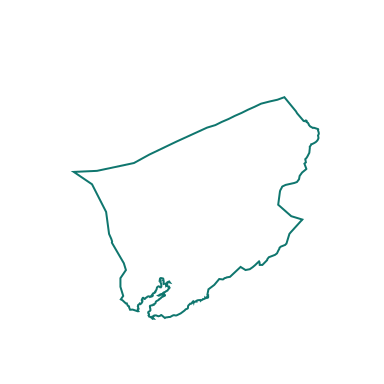 Saltdal nor, Nordland, Norway (Mercator projection), rotated 217°
{"feature_id": "86288312B61921156724393", "entity_name": "Saltdal nor", "entity_type": "district", "adm_level": 2, "iso_a3": "NOR", "parent_name": "Norway", "parent_adm1": "Nordland", "projection": "mercator", "projection_center": [15.291, 66.881], "detail": "fine", "context": "isolated", "style": "outline", "palette": "teal", "viewbox_px": 384, "rotation_deg": 217, "n_neighbors": 0, "source": "geoboundaries", "source_scale": "gbopen_adm2", "svg_char_len": 5672}
<svg xmlns="http://www.w3.org/2000/svg" viewBox="0 0 384 384"><g transform="rotate(217 192 192)"><path d="M87.3,236.4L98.2,232.4L115.5,233.7L122.1,245.4L122.5,246.5L122.9,249.2L123.2,250.5L123.1,250.9L121.5,254.0L115.8,260.7L114.8,262.2L114.2,263.2L114.2,266.2L114.2,266.6L115.7,269.6L115.8,273.8L114.5,279.1L114.6,279.3L119.3,282.3L118.9,284.2L121.3,286.4L121.1,287.5L121.1,288.6L121.2,289.8L121.9,293.9L124.4,298.1L125.2,299.0L125.2,300.7L125.4,301.7L125.5,302.0L125.1,302.3L124.7,303.0L123.8,304.8L123.2,306.4L123.0,307.5L122.9,308.6L123.0,309.5L123.2,310.4L123.3,310.9L123.9,311.7L125.4,313.0L125.5,314.0L125.8,314.9L126.8,315.9L128.5,317.1L128.8,317.6L128.9,318.0L129.1,318.1L133.0,316.8L134.1,316.1L134.1,315.9L137.2,315.5L139.2,316.0L140.0,316.6L141.1,317.0L141.6,316.9L142.0,317.0L142.7,316.8L143.2,317.3L143.2,317.7L143.6,317.8L144.2,317.6L144.4,317.1L144.9,316.2L145.7,315.9L146.0,316.0L155.4,318.1L157.6,319.0L175.3,323.3L179.3,317.1L184.4,311.1L190.0,304.1L193.3,297.7L196.8,291.4L200.0,285.0L203.6,278.6L206.8,272.2L210.4,265.9L213.6,259.5L218.7,252.5L234.8,222.8L248.6,196.2L255.8,180.2L280.6,151.7L298.5,136.9L276.5,138.0L248.6,124.4L233.0,108.6L228.3,106.0L226.0,104.4L225.5,103.3L203.6,94.1L197.8,89.9L197.3,80.1L192.1,73.2L184.4,67.6L184.2,63.4L182.4,63.7L177.7,63.2L177.1,63.8L174.8,62.5L173.7,62.8L173.3,62.6L172.8,62.0L170.6,60.7L168.6,62.4L164.7,63.7L163.5,64.1L163.1,64.5L164.1,64.9L164.5,65.4L164.8,65.9L164.4,66.6L165.5,67.3L166.0,67.8L166.2,68.2L166.5,68.2L166.6,68.6L167.0,69.2L166.8,70.2L166.6,70.9L166.6,71.4L166.1,71.3L166.1,71.6L165.8,71.7L165.8,72.0L165.4,72.4L165.5,73.5L165.6,74.4L165.7,74.6L166.1,74.8L166.1,75.2L167.1,75.4L167.4,76.4L167.6,77.8L167.4,78.1L166.9,78.2L166.1,77.8L165.7,77.9L165.3,78.3L165.2,79.6L165.0,80.1L164.8,80.4L164.6,81.6L164.1,82.3L163.7,82.7L162.9,82.9L162.6,83.3L162.3,83.0L162.0,83.4L161.6,84.4L161.4,84.4L161.4,84.6L161.1,84.7L161.0,85.0L160.9,85.1L161.0,85.5L161.2,85.4L161.3,85.6L162.0,85.4L162.0,85.8L162.0,86.9L161.9,87.4L162.0,87.5L162.0,87.8L161.4,88.5L161.3,89.1L161.3,89.3L161.5,89.8L161.4,90.2L161.1,90.2L161.2,90.6L161.3,90.4L161.5,90.6L161.5,91.0L161.6,91.8L161.6,92.1L161.6,92.7L162.4,94.4L162.5,94.7L162.4,95.2L162.4,95.6L162.0,96.5L160.8,96.9L160.2,96.7L159.5,97.1L159.5,97.7L159.6,98.1L160.0,98.6L161.4,100.1L161.9,100.5L162.9,100.8L163.4,101.6L163.5,101.4L163.8,101.7L163.7,101.8L163.9,101.9L163.7,102.3L163.9,102.5L164.4,102.3L164.6,102.0L165.4,103.5L165.4,104.0L165.3,104.3L164.7,104.5L164.5,104.9L163.0,105.5L162.4,105.2L162.0,104.7L161.9,104.0L161.2,104.0L160.9,103.8L160.7,103.3L160.5,103.1L160.1,102.3L159.3,101.5L158.8,102.2L158.1,102.7L157.7,103.2L157.3,104.1L157.4,105.0L156.8,106.2L156.3,106.8L156.0,106.6L155.3,106.4L156.3,106.0L156.9,105.2L157.0,104.7L157.0,104.0L157.2,103.6L157.3,102.9L157.2,102.4L157.2,102.7L156.9,102.6L157.0,102.2L157.2,102.3L156.4,101.6L156.4,101.8L156.2,101.8L155.9,102.3L155.7,101.7L156.3,101.5L156.0,101.5L154.8,102.2L154.1,102.2L153.8,102.1L153.7,102.3L153.5,102.1L153.5,102.4L153.4,102.2L153.1,102.4L152.9,102.3L153.0,102.2L152.3,102.0L152.3,101.6L152.2,101.4L152.3,100.9L152.4,100.4L152.4,100.1L152.3,99.9L152.4,99.2L152.3,98.4L152.7,97.7L153.0,97.2L153.1,96.7L153.1,96.4L153.2,96.2L154.0,95.0L154.0,94.8L154.3,94.2L154.3,93.6L154.4,92.9L154.6,92.4L155.1,92.1L155.6,91.2L155.7,90.9L155.9,90.7L156.0,90.3L156.0,90.1L156.1,89.7L156.4,89.3L156.5,89.1L156.1,89.2L155.7,89.9L155.5,90.5L155.4,90.8L155.2,91.1L152.5,93.1L152.3,93.3L152.3,93.6L151.6,93.4L151.3,93.1L151.3,92.9L153.1,89.4L153.0,89.1L153.0,88.9L153.2,87.7L153.7,87.0L153.7,86.8L153.6,86.6L153.6,86.2L153.9,85.2L154.5,83.9L154.8,83.0L154.8,82.5L154.3,81.4L154.4,80.6L154.4,80.3L155.2,78.9L155.1,78.7L154.9,78.6L155.1,78.4L155.1,78.2L155.4,77.7L156.0,77.3L156.4,76.6L156.9,76.1L157.0,75.9L156.9,75.4L156.5,75.1L155.9,74.3L155.2,73.9L155.0,73.5L154.6,73.1L154.4,73.0L154.1,72.7L154.0,71.8L154.2,71.1L154.6,70.2L154.6,69.6L154.1,69.0L153.8,69.0L152.8,68.6L152.5,68.2L152.5,67.4L152.4,67.2L152.0,67.2L151.4,66.8L151.2,67.0L149.8,67.0L149.5,67.5L147.2,67.0L146.9,67.5L146.4,67.8L147.7,68.1L148.0,68.3L148.5,69.0L147.8,70.0L148.0,70.3L147.7,70.8L146.5,71.8L144.1,72.5L143.1,73.7L142.6,75.2L142.4,75.3L137.8,75.1L137.4,76.1L136.3,77.1L135.2,78.3L134.3,79.0L134.0,79.6L133.1,81.7L132.3,82.8L131.0,83.4L130.1,84.1L128.0,88.2L126.7,92.6L126.5,93.8L126.5,94.4L125.4,96.2L125.4,96.6L125.4,96.8L126.5,98.6L126.6,99.2L126.4,100.6L126.3,101.3L125.8,101.9L125.9,102.0L125.5,102.3L125.3,102.6L125.4,103.1L125.2,103.4L125.3,103.6L125.2,103.9L125.3,104.1L125.2,104.5L125.4,104.7L125.3,105.2L124.8,105.3L124.5,105.1L124.7,105.5L123.8,105.5L123.6,106.0L123.5,106.4L122.9,106.9L123.0,107.2L122.8,107.3L122.8,107.5L122.5,107.5L122.7,108.0L122.7,108.3L122.1,109.2L120.6,110.5L120.2,110.7L119.9,110.5L119.9,110.8L119.6,110.8L119.3,111.2L119.2,111.5L118.8,112.5L118.7,112.7L118.9,112.7L118.9,112.9L118.7,113.1L118.1,113.6L117.6,114.9L117.7,115.1L117.4,115.0L117.2,115.2L116.9,115.9L117.0,116.2L116.8,116.3L116.8,116.5L116.7,116.5L116.7,116.8L116.7,117.0L116.5,116.7L116.2,116.6L115.8,117.0L115.7,117.5L116.0,118.1L116.4,118.3L116.7,118.3L116.6,118.6L117.0,119.3L117.3,119.2L117.4,119.3L117.7,119.1L117.9,119.2L120.3,124.2L118.3,131.2L117.9,138.6L117.9,138.9L114.8,140.7L114.4,141.3L114.3,142.3L114.0,143.0L113.5,143.5L112.8,144.8L110.6,147.1L108.1,161.4L102.3,161.9L99.4,165.1L98.3,168.5L97.6,171.5L97.2,174.1L96.7,176.9L95.9,176.6L94.0,174.5L91.9,176.1L91.0,182.8L91.4,183.6L91.4,186.1L87.9,191.7L87.4,193.4L87.2,194.2L87.8,197.1L88.1,199.3L88.4,199.8L88.5,200.2L88.2,201.8L85.7,205.9L85.7,206.8L85.5,207.6L89.0,217.2L88.9,219.3L87.5,234.6L87.3,235.6L87.3,236.4Z" fill="none" stroke="#0f766e" stroke-width="2"/></g></svg>